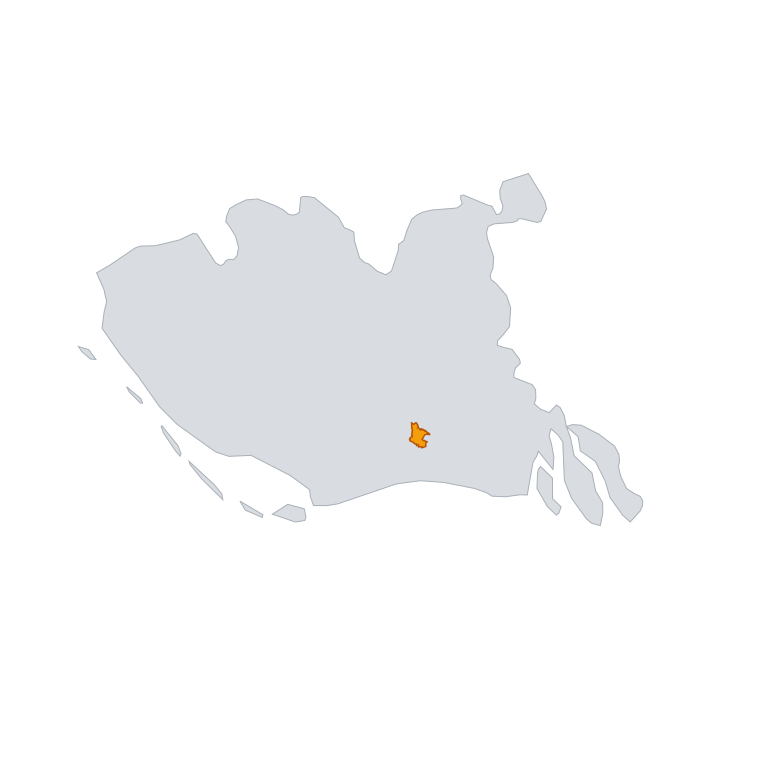 location of Nieuwkoop, Zuid-Holland, Netherlands, rotated 237°
{"feature_id": "6326949B12363687207938", "entity_name": "Nieuwkoop", "entity_type": "district", "adm_level": 2, "iso_a3": "NLD", "parent_name": "Netherlands", "parent_adm1": "Zuid-Holland", "projection": "equal_earth", "projection_center": [4.798, 52.168], "detail": "fine", "context": "in_parent", "style": "filled", "palette": "amber", "viewbox_px": 768, "rotation_deg": 237, "n_neighbors": 0, "source": "geoboundaries", "source_scale": "gbopen_adm2", "svg_char_len": 5917}
<svg xmlns="http://www.w3.org/2000/svg" viewBox="0 0 768 768"><g transform="rotate(237 384 384)"><path d="M481.9,619.8L468.5,619.4L455.9,619.1L449.3,618.3L442.2,615.7L439.0,610.5L435.0,604.2L436.1,600.4L447.7,589.4L449.5,586.4L448.3,584.8L449.4,580.0L458.3,563.7L459.4,557.2L455.4,552.6L449.6,549.9L430.7,545.1L421.7,538.3L417.5,532.3L413.3,530.7L407.1,532.7L391.5,534.9L378.8,531.7L363.8,520.5L360.3,510.5L358.4,502.8L354.7,500.1L349.7,504.1L343.3,510.3L330.7,511.1L327.1,509.6L326.5,506.2L325.8,502.9L322.3,498.8L318.6,496.5L302.6,508.0L296.7,508.0L289.2,503.5L285.5,499.2L277.3,501.7L270.0,507.0L272.5,517.1L268.5,518.9L259.4,518.0L249.1,513.8L237.7,511.3L220.4,504.4L196.1,510.0L179.3,503.3L165.4,502.7L156.7,497.3L147.4,488.3L154.1,482.3L160.5,480.3L186.1,479.1L204.7,482.7L238.1,502.4L246.5,502.2L255.5,499.7L250.9,494.4L242.6,491.8L230.1,486.6L220.3,479.2L243.6,476.8L240.4,473.0L237.3,466.4L212.9,443.7L217.1,437.6L223.3,424.4L231.1,413.5L237.2,410.6L247.3,402.8L269.2,380.2L283.1,361.8L293.5,339.9L308.6,280.1L313.1,269.9L320.4,258.7L329.5,260.8L335.8,264.1L358.2,255.6L396.6,233.6L407.8,214.5L418.9,205.7L462.8,188.5L487.1,183.4L524.6,182.0L551.7,179.0L584.3,177.9L596.8,188.5L604.1,196.2L615.8,200.6L633.8,203.5L633.0,218.9L633.6,249.3L632.4,254.7L624.5,267.5L616.3,290.7L614.2,305.9L611.7,308.8L577.3,308.7L572.4,311.3L571.8,314.6L573.6,318.5L572.8,322.5L570.1,325.6L571.7,330.7L577.7,336.4L588.7,340.0L600.3,340.3L606.3,339.7L610.7,343.8L615.2,350.1L614.9,358.1L613.4,368.8L608.0,378.8L592.3,390.2L585.2,394.2L578.5,396.3L575.4,399.3L573.9,403.2L574.3,406.6L585.8,415.8L585.5,417.9L582.3,422.7L578.0,427.2L548.8,436.6L536.7,435.8L529.9,440.5L527.7,441.4L520.0,437.1L502.9,432.1L496.5,433.8L492.9,436.6L482.2,439.8L474.6,445.0L474.6,451.7L488.4,468.9L493.2,472.2L493.5,478.7L500.2,486.7L507.0,496.9L507.8,503.3L507.1,509.8L503.7,519.1L492.0,540.8L491.9,545.0L492.9,548.1L497.0,549.0L500.1,550.7L499.2,553.6L477.1,568.7L474.3,571.3L465.0,570.6L463.6,573.1L464.9,577.2L468.5,580.7L476.5,582.6L483.3,586.5L488.8,594.0L481.9,619.8ZM249.1,513.8L247.2,520.1L242.0,527.0L224.6,537.0L206.4,543.5L197.1,542.7L190.7,539.3L187.3,535.7L177.6,532.2L164.3,530.5L155.9,534.2L150.0,537.8L144.8,537.2L140.9,534.2L138.0,529.7L134.2,515.3L144.1,512.7L165.6,511.7L182.3,516.7L204.1,519.1L220.9,512.3L234.1,518.1L249.1,513.8ZM213.1,455.4L225.8,464.4L228.6,467.3L229.5,470.4L213.3,474.0L196.1,462.9L184.6,465.6L180.4,460.3L180.3,457.1L192.2,454.3L213.1,455.4ZM335.5,237.7L322.7,249.2L314.9,246.0L312.7,243.3L316.6,234.4L335.6,219.5L335.5,237.7ZM392.2,186.8L380.2,188.1L374.7,185.8L403.7,179.4L422.0,177.5L425.3,178.4L392.2,186.8ZM469.9,175.0L444.5,177.6L435.9,175.7L434.5,173.8L441.4,172.7L463.1,172.4L469.8,174.0L469.9,175.0ZM364.2,199.4L340.4,211.2L338.3,209.3L353.7,199.0L364.2,199.4ZM573.5,155.1L561.5,155.7L564.9,151.4L575.9,148.2L581.9,148.2L573.5,155.1ZM521.9,166.7L503.9,172.1L499.5,171.0L500.6,169.4L516.4,166.0L521.9,166.7Z" fill="#d9dde1" stroke="#a8b0b8" stroke-width="1"/><path d="M315.1,378.1L314.9,378.0L314.8,377.9L314.7,377.8L314.4,377.9L314.3,378.6L314.1,379.2L314.1,379.5L314.0,379.4L313.2,379.1L312.4,378.8L312.4,379.0L310.8,381.4L310.2,381.0L309.9,381.0L308.9,385.0L309.3,385.3L309.5,385.4L310.6,386.1L311.1,386.5L311.3,386.7L312.1,387.5L312.0,387.9L311.9,388.2L311.9,388.3L311.9,388.6L312.0,388.7L312.9,388.1L314.5,386.8L314.8,386.8L314.8,386.6L314.9,386.4L315.6,386.1L315.8,386.1L316.8,385.8L319.1,390.3L319.1,390.6L319.2,390.9L319.2,391.0L319.1,391.3L318.8,392.0L318.5,392.6L318.3,392.9L318.2,392.9L318.1,393.0L317.8,393.4L317.1,394.3L316.8,394.5L316.5,394.9L316.5,395.0L316.4,395.0L316.5,395.0L317.9,394.8L318.3,394.7L318.5,394.6L319.0,394.4L319.2,394.1L319.3,394.0L319.4,393.9L319.5,393.8L319.8,393.9L320.0,393.9L320.3,393.9L320.5,393.8L320.5,393.7L320.8,393.6L321.0,393.6L321.3,393.5L321.4,393.4L321.5,393.5L321.6,393.4L321.7,393.2L321.9,393.1L322.0,393.2L322.3,393.2L322.2,392.9L322.2,392.7L322.3,392.7L322.5,392.7L322.7,392.8L322.8,392.8L323.0,392.8L323.3,392.7L323.4,392.4L323.5,392.2L323.9,392.1L324.0,392.0L324.2,391.9L324.3,391.9L324.4,392.0L324.5,392.0L324.8,391.9L324.9,391.7L325.0,391.7L325.3,391.5L325.3,391.4L325.5,391.3L325.4,391.2L325.5,391.1L325.4,391.1L325.5,391.0L325.5,390.9L325.5,390.7L325.5,390.4L325.4,390.4L325.6,390.2L325.6,389.9L325.7,389.7L325.8,389.8L325.8,389.7L326.0,389.6L326.3,389.5L326.5,389.6L326.7,389.4L326.9,389.3L327.0,389.2L327.3,389.2L327.5,389.1L327.8,389.2L328.0,389.1L328.3,389.0L328.6,388.8L328.7,388.7L328.7,388.8L328.9,388.9L328.9,389.0L329.0,389.0L329.3,389.3L329.5,389.3L329.8,389.3L329.9,389.5L330.0,389.6L330.4,389.6L330.5,389.6L330.8,389.6L331.0,389.6L331.2,389.8L331.3,389.8L331.6,390.0L332.3,390.0L332.9,389.9L333.6,389.8L333.7,389.7L333.8,389.7L334.1,389.7L334.1,388.5L334.1,388.3L334.1,387.8L334.0,387.3L334.0,386.9L335.8,386.2L336.2,386.1L336.3,386.0L336.4,385.9L336.2,385.8L335.7,385.6L334.5,384.8L334.3,384.7L334.1,384.6L333.5,384.2L333.3,384.1L331.6,383.1L331.2,383.1L330.9,383.0L330.7,383.0L330.4,382.9L330.2,383.0L330.1,382.9L329.9,382.7L329.4,382.4L329.2,382.2L329.0,381.9L328.8,381.8L328.8,381.7L328.7,381.7L328.2,381.4L328.0,381.1L327.8,381.1L327.7,381.0L327.7,380.9L327.5,380.7L327.4,380.5L327.4,380.4L327.1,380.2L326.7,380.0L326.4,379.8L326.2,379.7L326.1,379.4L324.8,379.5L324.6,379.0L324.6,378.6L324.6,378.3L324.6,377.2L324.7,376.8L324.0,376.3L323.9,375.8L323.7,375.8L323.7,375.3L323.3,375.2L323.0,375.1L322.9,375.1L322.7,375.1L322.4,375.0L322.3,374.9L321.9,374.9L321.8,375.0L321.7,375.1L321.4,375.2L321.2,375.4L321.1,375.6L320.8,375.9L320.5,376.0L320.3,376.1L320.1,376.2L320.0,376.3L319.6,376.6L319.2,376.8L318.9,376.8L318.6,376.8L318.4,376.8L318.2,376.8L318.1,377.0L317.8,377.1L317.6,377.2L317.3,377.2L317.2,377.2L317.0,377.3L316.8,377.6L316.6,377.7L316.5,377.8L316.4,377.9L316.3,378.0L316.0,378.4L316.0,378.5L315.9,378.6L315.7,378.5L315.5,378.4L315.2,378.1L315.1,378.1Z" fill="#f59e0b" stroke="#b45309" stroke-width="1.5"/></g></svg>